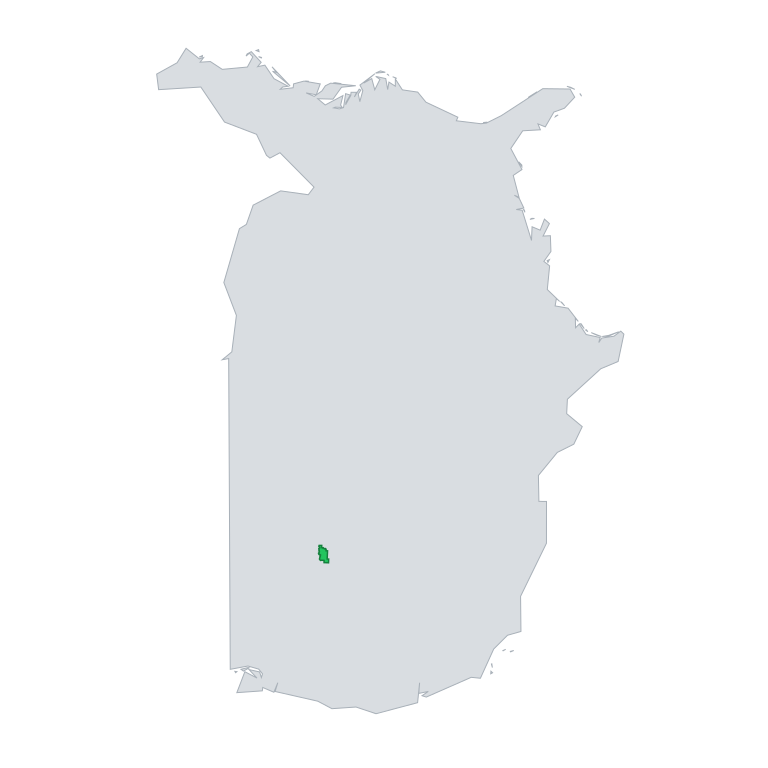 Clark, Idaho, United States of America shown in context, rotated 272°
{"feature_id": "52423323B27983791088415", "entity_name": "Clark", "entity_type": "district", "adm_level": 2, "iso_a3": "USA", "parent_name": "United States of America", "parent_adm1": "Idaho", "projection": "orthographic", "projection_center": [-112.256, 44.271], "detail": "fine", "context": "in_parent", "style": "filled", "palette": "green", "viewbox_px": 768, "rotation_deg": 272, "n_neighbors": 0, "source": "geoboundaries", "source_scale": "gbopen_adm2", "svg_char_len": 4808}
<svg xmlns="http://www.w3.org/2000/svg" viewBox="0 0 768 768"><g transform="rotate(272 384 384)"><path d="M640.2,215.5L674.4,190.6L670.3,148.5L685.8,146.0L697.8,166.0L712.6,174.5L702.5,188.1L703.9,192.3L699.2,189.0L700.2,199.2L692.8,211.4L696.0,236.4L706.3,241.5L709.9,237.9L706.9,234.7L709.1,235.7L711.5,239.8L701.2,250.0L696.7,246.6L698.5,253.8L685.3,263.4L678.2,277.8L677.3,272.4L674.9,270.0L676.9,282.9L680.8,283.2L683.9,293.4L681.7,309.8L670.7,306.2L672.2,296.0L669.0,304.2L674.7,311.7L680.0,315.0L682.8,320.2L681.1,345.4L679.1,331.2L666.9,323.1L666.8,307.8L660.8,315.5L670.8,332.9L661.2,330.9L658.9,332.7L659.0,325.7L658.2,324.0L657.4,329.8L658.8,333.9L672.8,335.5L671.6,340.2L664.1,336.1L661.8,335.9L671.1,340.7L674.4,340.9L674.6,346.4L669.8,344.4L677.8,348.9L676.9,350.6L672.9,348.2L665.3,350.0L676.5,352.6L681.9,349.5L693.8,364.1L684.0,353.2L688.8,361.1L677.7,364.5L688.3,369.3L691.1,365.0L689.3,375.1L678.4,377.4L685.9,378.4L682.0,384.9L689.2,384.7L678.6,392.1L676.9,407.5L667.1,416.1L653.2,448.5L649.6,447.1L647.5,471.7L648.3,477.2L656.3,491.9L684.7,532.4L685.3,559.6L677.3,564.6L665.9,554.7L661.7,544.3L646.6,536.2L649.3,528.8L643.5,531.4L641.9,513.8L623.8,502.5L603.2,514.4L597.0,505.9L575.3,512.4L577.2,507.7L574.2,512.7L564.8,517.6L563.0,510.1L562.5,516.0L532.6,526.4L546.3,526.5L543.2,534.7L554.4,538.6L550.1,543.7L537.4,537.8L538.0,545.1L522.3,546.2L512.1,539.5L507.8,545.4L484.1,543.9L472.6,556.7L475.5,553.3L468.0,552.3L466.2,565.3L453.3,576.0L456.3,572.9L446.9,573.5L450.7,577.0L440.5,584.3L438.0,598.4L432.9,597.2L437.5,600.0L439.8,612.2L445.1,618.8L442.2,622.0L414.7,617.2L406.8,600.1L375.2,567.8L360.7,567.6L348.3,583.6L330.5,575.8L321.7,559.6L298.0,541.5L272.1,542.9L272.3,550.5L230.5,551.9L176.6,527.9L141.5,529.5L137.2,516.2L123.0,502.9L93.3,490.6L93.9,481.4L72.6,437.2L73.8,432.9L78.3,439.0L76.0,429.6L86.7,430.0L66.7,428.7L54.2,387.5L60.2,367.3L57.7,343.3L64.7,328.9L72.9,285.9L81.8,288.3L72.1,284.7L76.5,273.4L73.1,273.1L70.4,247.7L91.6,255.0L85.7,267.3L93.9,259.1L91.9,269.7L86.4,271.7L90.1,272.7L94.7,268.7L97.4,257.9L93.5,240.3L404.0,227.9L402.6,221.5L410.8,230.8L447.4,234.1L479.8,220.4L534.2,234.1L538.7,240.9L558.2,247.0L573.4,274.0L570.5,301.7L578.3,307.2L611.5,272.0L605.8,262.1L608.4,258.6L629.1,247.9L640.2,215.5ZM691.6,265.7L697.1,261.0L678.6,279.8L692.7,261.7L691.6,265.7ZM93.9,251.0L95.9,258.2L95.6,259.2L92.2,253.5L93.9,251.0ZM444.4,616.8L439.6,606.6L439.1,600.4L440.4,606.8L444.4,616.8ZM704.3,187.9L705.9,191.1L704.7,191.0L704.3,187.9ZM513.0,542.7L514.1,545.0L511.2,543.6L513.0,542.7ZM104.4,502.2L107.9,501.1L108.1,501.5L104.4,502.2ZM100.7,500.9L99.2,502.6L98.1,500.8L100.7,500.9ZM706.8,247.2L706.1,250.2L705.5,250.0L706.8,247.2ZM440.4,594.4L439.0,599.7L442.6,589.3L440.4,594.4ZM676.0,518.8L681.4,526.8L675.2,518.2L676.0,518.8ZM121.7,512.1L123.1,514.9L121.5,512.3L121.7,512.1ZM687.0,560.3L685.1,564.4L687.9,556.4L687.0,560.3ZM696.8,369.5L695.6,374.4L694.4,364.7L696.8,369.5ZM91.6,245.0L91.4,247.0L90.3,245.8L91.6,245.0ZM451.0,579.0L446.3,582.2L451.1,578.2L451.0,579.0ZM712.8,244.6L713.8,247.0L711.8,247.5L712.8,244.6ZM121.2,519.6L122.2,523.0L120.7,519.9L121.2,519.6ZM445.3,584.3L443.4,585.9L445.0,583.6L445.3,584.3ZM683.4,324.6L682.7,330.9L683.0,322.6L683.4,324.6ZM471.4,559.2L468.4,561.8L472.6,557.5L471.4,559.2ZM648.8,474.0L649.3,478.1L648.3,475.5L648.8,474.0ZM690.4,384.9L689.8,386.1L691.4,381.9L690.4,384.9ZM610.8,510.8L607.6,514.1L606.1,514.2L610.8,510.8ZM563.2,517.4L562.7,518.3L560.5,518.8L563.2,517.4ZM657.8,546.2L659.0,548.7L657.1,545.9L657.8,546.2ZM554.7,525.9L554.7,528.6L553.6,524.1L554.7,525.9ZM680.5,570.3L678.5,571.4L681.1,569.5L680.5,570.3ZM684.1,295.4L683.9,298.4L683.9,294.2L684.1,295.4ZM693.9,376.1L693.1,377.6L692.8,377.7L693.9,376.1Z" fill="#d9dde1" stroke="#a8b0b8" stroke-width="1"/><path d="M203.4,330.3L203.4,334.8L207.1,334.8L207.1,333.3L213.8,333.4L215.3,333.4L215.3,331.9L216.8,331.9L216.8,331.1L217.5,331.1L217.5,330.3L217.6,328.9L218.3,328.9L218.3,327.4L220.5,327.4L220.4,324.8L219.6,324.6L219.4,324.6L219.3,324.8L219.2,324.9L218.9,325.0L218.7,325.1L218.1,325.3L218.1,325.5L217.9,325.5L217.7,325.2L217.3,324.6L217.1,324.6L216.9,324.7L216.4,324.7L216.3,324.8L216.0,325.1L215.8,325.1L215.5,325.0L215.3,324.9L215.3,325.0L215.1,325.1L214.9,325.1L214.6,325.2L214.5,325.3L214.4,325.3L214.2,325.2L213.7,325.0L213.4,325.1L213.0,325.0L212.9,324.8L212.9,324.7L212.7,324.5L212.2,324.5L211.9,324.7L211.9,324.8L211.8,325.0L211.4,325.0L211.3,325.8L211.2,326.3L210.9,326.6L210.3,326.4L210.0,326.1L209.9,326.0L209.5,326.3L209.4,326.3L209.4,326.2L209.0,326.0L208.9,326.0L208.6,326.0L208.3,325.9L207.6,325.9L207.4,325.8L207.0,325.6L206.8,325.6L206.6,325.7L206.5,325.8L206.1,326.0L205.9,326.3L205.5,326.7L205.4,327.0L205.6,327.3L205.7,327.5L205.7,327.8L205.6,330.3L204.1,330.3L203.4,330.3Z" fill="#22c55e" stroke="#15803d" stroke-width="1.5"/></g></svg>